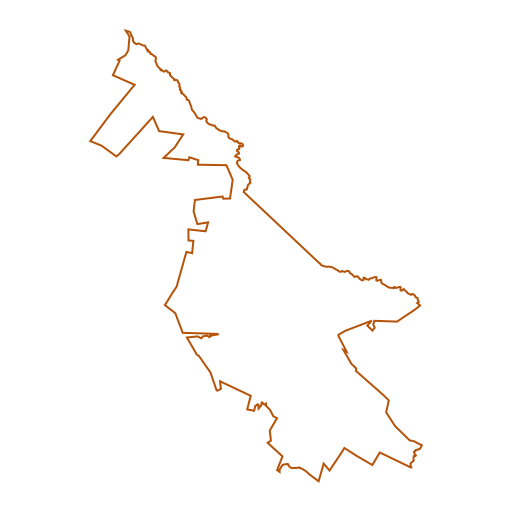 outline of General Simón Bolívar, Durango, Mexico
{"feature_id": "50627088B90896625160823", "entity_name": "General Simón Bolívar", "entity_type": "district", "adm_level": 2, "iso_a3": "MEX", "parent_name": "Mexico", "parent_adm1": "Durango", "projection": "orthographic", "projection_center": [-103.073, 24.84], "detail": "fine", "context": "isolated", "style": "outline", "palette": "amber", "viewbox_px": 512, "rotation_deg": 0, "n_neighbors": 0, "source": "geoboundaries", "source_scale": "gbopen_adm2", "svg_char_len": 6004}
<svg xmlns="http://www.w3.org/2000/svg" viewBox="0 0 512 512"><path d="M129.6,31.8L125.8,30.7L129.5,36.5L128.3,50.3L125.4,55.3L118.0,59.8L119.6,60.7L112.9,75.2L134.6,84.8L110.3,114.3L90.3,141.1L101.6,145.7L116.3,156.4L119.1,154.2L152.9,116.9L159.1,131.1L183.2,134.4L174.7,147.4L163.6,157.9L188.4,160.2L189.4,157.3L198.3,160.2L197.8,164.7L226.4,165.2L232.7,179.8L230.0,198.5L223.3,198.7L222.6,196.5L194.9,200.0L193.6,211.4L197.4,224.1L208.1,222.4L205.6,231.3L188.4,229.4L188.5,240.4L193.4,240.9L192.1,253.2L186.4,251.9L176.6,286.7L172.0,293.6L166.7,302.3L164.8,305.0L175.3,313.2L182.7,332.8L217.2,333.9L218.7,334.3L212.0,335.4L210.8,335.3L210.8,335.7L210.2,335.5L210.2,336.5L209.2,337.1L207.9,336.1L206.8,335.7L203.0,336.3L201.3,338.3L197.6,336.4L186.9,337.5L195.0,351.4L196.7,354.6L198.8,355.8L210.5,372.5L216.5,390.1L217.4,390.7L220.9,388.9L220.0,381.3L250.7,395.8L247.2,409.4L248.4,409.5L248.6,409.7L249.6,410.0L250.7,410.0L250.8,410.1L252.5,410.4L253.8,410.9L254.1,410.8L255.3,405.9L255.9,405.7L256.7,404.9L257.6,404.3L258.6,404.8L258.4,406.0L258.6,408.6L259.4,407.7L259.7,406.8L260.2,406.6L261.2,405.5L261.5,404.8L261.5,402.8L261.8,402.4L262.0,402.3L264.3,404.5L265.6,404.0L266.0,403.6L266.1,404.1L266.0,404.6L265.4,405.0L270.2,410.1L273.2,416.1L277.0,418.2L269.8,430.5L270.9,440.7L267.6,442.8L282.5,456.4L277.1,470.1L279.6,471.9L279.6,469.7L281.9,465.9L282.6,465.4L282.6,465.0L284.1,464.4L285.1,464.4L287.0,464.0L287.7,464.1L288.3,464.4L288.2,464.9L288.6,465.8L290.9,467.8L293.1,468.1L295.3,467.8L296.8,468.4L296.3,468.0L298.2,467.5L299.0,467.9L299.4,467.5L303.1,469.4L305.0,470.6L307.0,472.1L309.3,474.3L318.6,481.3L323.7,463.6L329.5,470.5L340.1,454.8L344.4,448.0L356.7,455.9L372.3,465.0L379.8,452.5L410.7,467.4L411.3,467.4L411.2,466.9L410.7,466.0L410.5,463.7L411.5,462.4L411.9,462.2L412.5,461.5L413.3,461.2L413.6,460.8L413.7,460.3L413.5,458.6L413.7,456.2L414.3,455.9L415.4,456.0L415.8,455.6L415.6,454.9L414.9,454.4L414.6,453.8L414.0,451.9L414.4,451.6L415.1,450.7L415.3,450.8L415.3,450.5L415.6,450.1L416.7,449.8L417.7,449.8L418.6,449.1L419.2,449.1L419.8,448.9L421.5,446.3L421.7,444.9L421.4,444.8L421.2,445.0L420.6,444.7L413.9,441.2L409.6,440.3L395.3,426.4L387.1,413.8L386.4,412.6L386.2,412.0L388.8,400.4L383.3,395.0L355.8,370.8L356.3,368.6L351.3,363.7L343.5,350.1L346.6,351.7L338.3,335.7L338.5,334.8L345.3,330.8L371.7,320.7L367.3,325.6L372.4,330.6L374.7,327.7L373.2,324.4L374.0,322.3L374.2,322.0L374.2,320.8L397.0,321.6L414.8,309.7L420.1,305.5L417.2,303.1L418.8,301.9L417.8,300.2L417.6,298.2L417.1,297.8L415.6,297.1L415.3,296.7L415.2,296.0L414.9,295.5L413.2,294.2L412.7,294.0L411.8,294.2L411.4,294.8L411.0,294.8L407.6,293.2L406.5,291.6L405.6,291.1L403.7,289.0L401.9,290.6L401.5,290.7L401.1,290.6L400.7,290.2L400.4,289.7L400.4,289.1L400.7,287.4L400.6,287.1L400.3,286.9L399.2,287.0L395.9,288.0L394.9,287.1L394.5,287.0L394.2,287.2L394.1,287.9L393.7,288.2L392.3,287.8L390.1,287.8L388.2,287.2L384.9,285.0L382.9,284.0L381.5,282.9L381.3,282.4L381.3,280.6L380.9,279.8L380.1,279.9L377.4,280.7L376.4,280.5L376.3,279.9L376.6,277.7L376.5,277.4L376.1,277.0L374.2,277.2L371.8,278.3L370.4,278.3L369.8,278.7L368.8,279.8L367.8,279.3L366.1,279.3L365.3,278.2L364.4,277.7L363.9,277.6L363.5,277.9L363.8,278.8L363.5,279.7L362.9,280.3L362.1,280.3L361.6,280.1L359.3,278.6L358.1,276.8L357.5,276.3L356.8,276.3L355.0,276.9L354.3,276.8L354.2,276.4L353.0,275.5L352.0,274.3L350.0,273.1L349.4,271.7L349.0,271.2L346.9,270.9L345.2,271.7L344.4,271.9L342.1,271.0L341.4,271.7L339.5,271.7L338.6,271.2L337.4,270.0L336.2,269.6L332.4,267.3L330.1,266.9L329.1,266.5L327.3,266.9L325.9,266.5L324.0,266.3L321.2,265.1L320.0,263.5L319.4,263.2L243.9,192.2L244.1,191.8L243.9,191.2L243.9,190.7L244.3,190.0L245.0,189.6L246.7,189.5L246.9,189.4L247.4,186.9L248.1,184.9L248.9,184.0L250.3,183.1L250.4,182.7L249.8,181.4L250.2,180.1L250.2,179.3L249.2,178.6L248.8,177.9L248.8,177.6L249.6,176.8L249.7,176.1L246.0,172.0L243.6,170.5L240.3,167.9L238.6,166.0L237.0,163.3L237.0,162.1L237.4,161.2L237.7,160.9L238.8,160.3L239.9,160.2L240.1,160.0L240.0,159.7L239.4,158.4L238.7,157.7L237.2,157.0L235.5,156.7L235.2,156.6L235.1,156.3L236.8,154.4L238.8,153.7L239.1,153.4L239.0,152.9L238.6,152.2L237.0,150.9L236.8,150.5L237.1,149.9L237.6,149.5L239.1,149.1L239.4,148.8L239.0,146.9L239.1,145.9L239.5,145.5L239.9,145.4L240.3,145.6L240.8,146.3L241.1,146.5L241.9,146.5L242.8,146.3L243.1,145.3L242.9,144.6L242.5,144.0L242.3,143.8L240.4,143.2L238.4,143.0L237.5,141.4L236.9,140.9L235.6,141.7L235.1,141.7L232.2,139.3L229.8,138.5L229.0,137.8L228.3,136.7L228.4,135.4L228.3,134.1L228.1,133.7L227.3,133.0L225.3,131.8L224.0,131.3L222.2,131.3L220.8,130.6L219.2,130.4L217.7,128.8L216.5,128.4L216.0,127.5L215.4,126.9L214.9,125.9L214.6,125.6L213.6,125.4L213.0,125.6L212.5,125.5L211.6,124.8L210.0,124.6L207.7,123.1L206.7,122.1L206.4,121.5L206.3,120.6L206.8,119.9L206.7,119.0L205.9,118.0L205.1,117.4L204.5,117.1L203.6,117.2L202.4,118.0L201.6,118.8L201.1,118.9L197.9,118.0L197.3,117.5L194.6,112.9L192.3,110.3L191.5,108.4L191.3,106.5L190.0,103.8L189.2,101.0L188.1,99.9L186.7,99.6L186.7,98.7L186.4,97.4L185.1,96.3L183.8,94.6L181.2,93.0L181.2,92.8L181.8,92.3L181.9,92.1L181.2,91.6L181.3,91.0L181.2,90.7L179.8,89.8L179.8,89.5L180.2,88.8L180.0,88.4L180.1,87.4L179.1,86.3L179.5,85.3L179.4,83.9L179.1,83.3L178.3,82.8L177.9,81.4L177.3,80.3L175.8,79.9L174.3,80.3L174.1,79.9L174.2,79.0L172.3,77.5L170.1,75.4L169.9,74.5L170.1,73.9L170.0,73.1L167.8,72.3L167.6,71.7L166.6,70.5L166.0,70.5L164.5,71.5L163.6,71.5L163.0,71.2L161.6,69.9L161.1,70.3L160.6,70.2L160.4,69.1L158.1,66.8L157.4,65.9L156.6,64.3L156.4,63.0L155.4,61.4L155.6,59.8L156.0,58.9L155.8,57.3L155.3,56.5L154.2,56.1L153.0,55.0L152.0,54.3L150.5,53.9L150.4,52.9L150.0,52.2L148.4,51.7L147.9,51.3L147.8,51.1L148.2,50.4L148.2,50.1L147.9,49.8L146.9,49.7L146.6,48.9L145.9,47.8L145.5,46.6L144.7,45.5L143.0,45.5L139.5,43.8L138.5,43.5L138.0,43.5L137.6,43.9L136.9,44.2L136.3,44.2L134.9,43.1L133.8,42.5L133.7,41.8L133.0,40.7L132.9,39.1L133.0,38.7L132.6,37.6L131.3,35.1L130.5,32.8L130.2,32.4L129.6,31.8Z" fill="none" stroke="#b45309" stroke-width="2"/></svg>